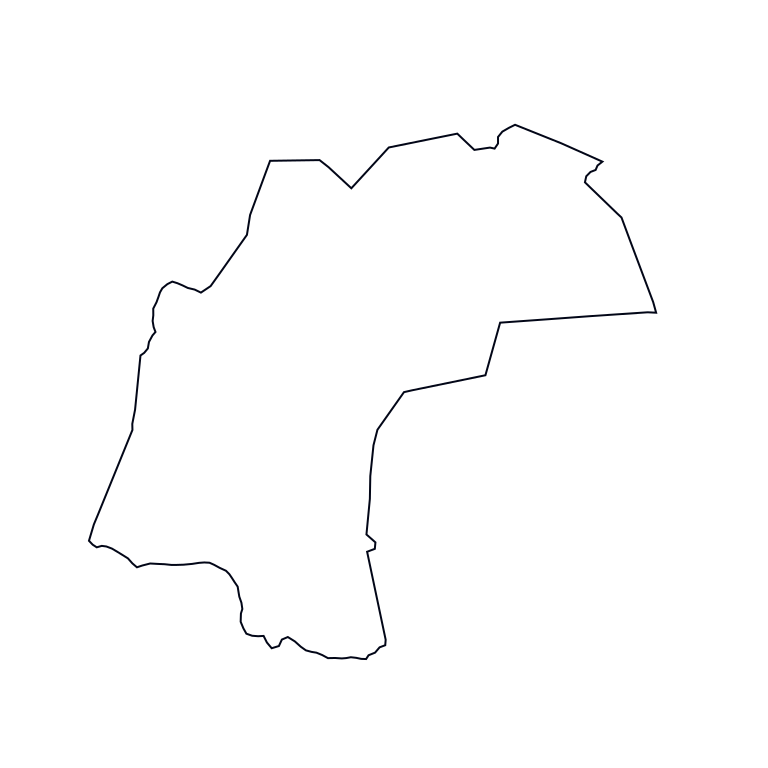 the district of Alagoinhas, Bahia, Brazil, rotated 195°
{"feature_id": "56859067B11961030352973", "entity_name": "Alagoinhas", "entity_type": "district", "adm_level": 2, "iso_a3": "BRA", "parent_name": "Brazil", "parent_adm1": "Bahia", "projection": "orthographic", "projection_center": [-38.386, -12.106], "detail": "fine", "context": "isolated", "style": "outline", "palette": "ink", "viewbox_px": 768, "rotation_deg": 195, "n_neighbors": 0, "source": "geoboundaries", "source_scale": "gbopen_adm2", "svg_char_len": 1869}
<svg xmlns="http://www.w3.org/2000/svg" viewBox="0 0 768 768"><g transform="rotate(195 384 384)"><path d="M628.4,156.2L623.8,153.4L619.2,151.9L614.7,154.6L610.1,155.2L604.2,154.6L597.8,152.8L592.1,151.1L586.2,149.3L580.6,145.6L575.2,143.0L570.5,146.1L563.4,150.1L555.3,151.8L549.5,153.1L542.6,154.2L537.4,155.6L530.8,157.6L522.7,160.6L516.3,163.4L511.4,165.1L506.3,166.2L501.4,165.4L495.2,163.9L488.3,162.7L484.2,160.3L480.5,157.1L477.0,153.9L472.9,150.4L470.9,145.9L468.7,141.1L465.1,135.8L462.6,130.0L462.8,125.3L460.9,117.2L456.5,111.5L452.3,107.2L446.2,106.7L440.3,107.8L435.1,109.5L430.2,104.0L424.1,99.7L417.7,103.7L416.5,110.7L411.4,114.7L403.5,112.3L396.4,108.7L390.5,106.5L384.6,106.5L379.7,107.0L373.5,106.2L367.2,104.7L360.3,106.7L353.7,108.0L349.5,109.5L345.3,111.5L340.0,112.3L334.8,112.6L330.1,113.7L328.7,118.0L323.1,122.2L320.1,128.5L315.2,132.0L316.2,137.4L356.9,217.6L350.2,222.4L351.3,228.8L362.0,234.1L367.9,269.3L373.4,291.5L378.3,322.1L378.5,338.1L362.6,381.3L355.2,385.2L288.3,418.7L287.7,473.3L240.3,489.7L202.1,503.0L147.9,521.5L139.6,523.3L145.2,532.8L183.5,586.3L197.7,606.3L202.8,609.0L242.1,630.8L242.4,637.0L239.4,642.3L235.0,645.5L234.3,650.3L230.6,655.3L275.2,662.4L324.5,668.3L329.6,663.8L335.0,658.4L337.8,652.1L336.1,645.8L338.1,640.0L342.8,639.8L357.3,633.5L370.2,640.5L378.0,644.8L389.3,639.2L400.4,633.7L440.6,613.7L449.6,596.4L466.2,564.6L493.7,579.1L504.2,583.6L551.8,570.1L553.0,557.3L557.1,512.6L555.0,492.6L562.3,472.8L570.7,450.0L576.8,433.7L584.5,424.9L591.3,426.2L598.4,426.0L604.1,427.1L609.7,427.9L615.0,428.1L619.1,424.4L622.9,419.1L624.1,414.5L624.4,409.7L624.9,404.1L626.4,397.1L624.6,390.6L623.8,385.0L621.2,379.3L618.2,375.1L620.2,371.0L621.9,363.8L621.3,357.2L623.7,352.0L626.6,348.5L617.8,294.8L616.8,280.3L615.1,274.5L626.5,183.7L627.9,173.3L628.4,156.2Z" fill="none" stroke="#020617" stroke-width="2"/></g></svg>